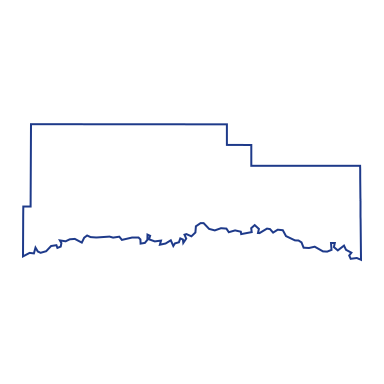 the district of Roosevelt, Montana, United States of America
{"feature_id": "52423323B47296915924454", "entity_name": "Roosevelt", "entity_type": "district", "adm_level": 2, "iso_a3": "USA", "parent_name": "United States of America", "parent_adm1": "Montana", "projection": "natural_earth1", "projection_center": [-104.865, 48.28], "detail": "fine", "context": "isolated", "style": "outline", "palette": "blue", "viewbox_px": 384, "rotation_deg": 0, "n_neighbors": 0, "source": "geoboundaries", "source_scale": "gbopen_adm2", "svg_char_len": 1481}
<svg xmlns="http://www.w3.org/2000/svg" viewBox="0 0 384 384"><path d="M23.0,256.4L29.6,252.9L33.9,253.4L35.5,247.6L37.8,251.5L40.6,252.8L46.2,251.2L51.1,246.0L56.4,245.2L57.4,247.9L60.7,246.6L61.4,243.1L59.9,240.4L65.6,241.3L69.8,239.3L74.8,238.9L81.8,242.6L84.2,237.7L87.1,235.5L90.6,237.1L96.4,237.5L109.5,236.6L113.1,237.6L119.3,236.7L121.9,239.9L132.2,237.5L138.5,237.5L140.4,239.4L140.6,243.6L144.9,242.9L147.4,239.8L147.5,234.6L150.1,235.8L149.0,239.3L154.8,241.4L161.0,240.6L159.9,244.7L165.6,243.5L170.8,240.3L173.3,246.0L174.9,243.4L178.9,242.3L180.3,238.4L182.9,239.5L183.3,242.9L186.2,238.6L184.5,234.7L186.4,234.1L191.4,236.3L195.4,232.5L195.9,226.3L200.6,223.1L203.6,223.1L209.1,228.9L214.8,230.4L221.0,228.2L226.4,228.6L228.8,232.2L235.1,230.4L240.8,231.7L241.2,234.1L251.7,232.1L251.2,228.2L254.7,225.1L258.9,228.9L258.0,233.0L259.5,233.1L267.0,228.6L270.0,229.1L273.1,232.6L277.7,229.7L282.8,230.2L286.0,236.1L295.0,240.4L298.5,240.5L301.5,242.4L303.6,247.7L309.0,248.0L314.7,246.7L323.0,251.4L327.2,251.6L331.5,249.9L331.0,243.0L334.8,243.0L333.9,247.1L337.8,250.4L344.0,245.6L346.0,249.8L351.4,252.7L349.2,255.5L350.7,258.8L356.8,258.0L361.0,259.8L360.6,219.5L360.5,216.7L360.5,212.8L360.5,212.5L360.5,201.1L360.4,200.4L360.5,200.0L360.4,197.8L360.4,197.5L360.2,177.0L360.2,169.4L360.1,165.8L251.3,165.8L251.3,145.0L226.9,144.9L226.9,124.3L186.5,124.3L31.0,124.2L30.6,206.5L23.3,206.5L23.2,215.1L23.0,256.4Z" fill="none" stroke="#1e3a8a" stroke-width="2"/></svg>